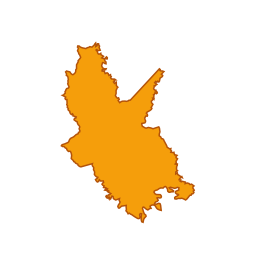 outline of Nova Laranjeiras, Paraná, Brazil, rotated 132°
{"feature_id": "56859067B29997737788268", "entity_name": "Nova Laranjeiras", "entity_type": "district", "adm_level": 2, "iso_a3": "BRA", "parent_name": "Brazil", "parent_adm1": "Paraná", "projection": "natural_earth1", "projection_center": [-52.589, -25.226], "detail": "fine", "context": "isolated", "style": "filled", "palette": "amber", "viewbox_px": 256, "rotation_deg": 132, "n_neighbors": 0, "source": "geoboundaries", "source_scale": "gbopen_adm2", "svg_char_len": 5879}
<svg xmlns="http://www.w3.org/2000/svg" viewBox="0 0 256 256"><g transform="rotate(132 128 128)"><path d="M114.6,82.4L115.6,83.1L116.1,86.0L115.2,87.6L113.2,93.1L112.7,94.0L112.9,95.2L113.5,96.0L112.7,97.8L112.9,99.6L111.6,100.7L109.5,101.7L107.1,104.5L106.6,105.9L111.8,108.9L112.7,111.1L114.0,113.3L116.0,114.4L116.5,115.5L117.1,118.6L116.2,120.0L115.4,120.8L112.9,118.9L111.8,119.1L111.0,119.6L110.4,120.9L109.4,122.3L107.1,122.7L106.3,121.6L105.4,122.0L104.9,122.9L104.7,124.3L103.2,124.4L100.7,123.5L98.6,123.1L97.4,123.4L97.3,124.5L93.7,125.3L93.5,127.4L92.4,128.6L90.6,128.5L89.2,129.3L88.0,129.6L86.7,130.2L86.2,131.3L85.1,130.9L83.7,131.5L83.4,129.8L82.3,129.7L81.7,130.9L82.1,132.3L81.3,132.5L81.8,133.4L81.9,134.5L81.5,135.4L80.2,135.9L79.0,136.8L78.4,135.9L77.5,136.1L76.3,135.7L76.5,138.5L74.8,138.6L74.7,137.2L73.4,137.3L73.2,135.9L72.1,136.0L69.6,137.5L66.7,136.9L65.7,137.4L65.7,139.2L62.0,139.1L62.6,140.6L63.5,141.6L63.9,142.7L63.0,143.1L63.0,144.3L105.7,144.9L106.8,145.9L107.7,146.0L109.3,147.0L110.0,148.2L111.6,149.9L112.9,150.7L114.7,151.1L114.2,153.7L112.6,153.7L111.9,155.2L112.9,155.7L112.9,157.1L112.4,159.0L110.2,160.0L108.2,161.9L105.4,162.9L104.5,162.8L104.3,165.0L101.9,167.3L103.9,167.8L103.5,169.6L102.3,169.2L101.7,170.4L100.5,169.3L100.6,170.6L102.6,173.1L102.3,174.7L101.0,174.8L100.9,175.8L100.1,176.7L101.7,177.3L100.8,179.2L101.0,180.5L102.8,181.4L101.6,183.8L102.4,184.4L103.0,185.4L101.9,186.2L101.0,185.4L99.6,183.6L98.6,183.9L99.6,184.8L100.1,185.9L100.2,187.0L99.8,188.5L99.3,189.3L96.4,190.7L95.8,189.9L95.5,188.2L95.0,187.3L93.7,188.5L93.6,190.0L92.9,191.3L91.9,191.7L92.9,192.9L93.5,194.4L91.1,194.2L91.6,197.1L90.7,198.2L92.1,198.6L92.8,199.4L92.6,200.7L91.7,201.8L91.4,203.9L90.5,203.7L90.8,202.3L88.8,200.7L87.5,203.4L86.2,203.9L85.9,205.2L85.1,206.2L85.7,206.9L87.6,206.1L89.0,206.5L87.3,207.6L86.4,208.9L87.8,208.9L88.8,208.6L92.0,208.9L93.1,210.8L94.3,211.1L95.6,212.0L97.2,212.5L99.0,215.6L99.8,217.7L99.7,218.9L100.5,220.2L101.7,219.7L101.9,218.2L104.4,217.2L105.0,215.3L105.8,214.2L106.0,212.9L107.1,210.5L108.2,210.2L111.4,210.1L112.2,209.3L115.5,208.5L118.4,205.9L119.6,205.8L121.3,204.5L122.6,204.2L124.8,204.4L125.6,205.1L125.7,206.9L125.2,208.7L126.8,211.8L128.1,211.9L128.9,209.9L130.2,209.0L129.9,207.7L130.4,206.6L132.0,204.7L132.9,204.4L134.6,202.7L135.5,202.4L136.9,199.3L138.1,199.0L139.7,199.9L140.9,199.8L141.9,199.3L143.2,199.1L144.1,197.9L145.2,198.1L146.5,198.0L147.6,198.6L146.7,195.0L148.1,194.6L148.6,193.5L147.7,192.5L150.5,189.7L151.7,189.1L151.9,187.8L153.3,187.0L153.5,185.3L154.5,184.8L154.7,183.8L154.5,182.5L155.4,181.5L155.9,180.1L155.7,178.8L154.6,178.7L155.0,177.5L155.8,177.1L154.4,173.9L155.6,173.4L156.6,174.2L158.0,173.6L157.8,171.0L157.4,169.9L158.3,168.7L158.9,167.2L158.9,165.9L159.5,164.5L161.3,163.8L162.3,161.8L163.3,161.3L164.4,161.9L165.5,161.2L167.5,162.1L171.0,162.5L174.3,163.8L176.4,163.5L177.6,162.9L178.9,162.9L182.2,164.4L184.5,165.8L185.8,165.6L185.5,164.1L184.5,163.0L184.8,161.2L184.3,160.1L185.1,158.7L185.3,156.6L184.1,155.6L184.1,154.6L184.8,153.2L186.1,151.5L188.7,149.7L188.8,146.7L189.3,145.9L188.9,145.0L189.2,143.4L188.5,141.0L189.1,140.2L189.0,138.3L188.4,137.0L178.3,130.6L179.2,130.2L180.0,128.9L180.1,127.8L180.5,126.9L182.1,125.7L182.6,124.1L183.3,123.1L185.0,121.9L185.4,120.1L185.3,118.4L184.8,117.4L185.7,117.1L188.0,117.7L188.5,116.6L188.7,114.7L187.4,114.0L186.4,114.6L185.6,114.7L185.7,112.8L183.9,111.0L184.8,109.7L186.0,110.0L187.2,109.7L187.4,108.4L187.0,107.0L188.6,106.4L188.1,105.5L187.2,104.6L187.3,103.6L186.9,102.6L187.8,102.6L188.3,103.7L189.7,103.7L188.8,102.3L188.8,100.9L187.9,101.3L187.7,100.0L188.9,99.6L188.2,96.9L189.9,97.0L190.9,97.9L192.3,97.3L192.7,98.8L193.7,98.6L194.0,97.6L194.0,96.5L192.9,95.9L193.4,94.4L192.0,95.1L192.3,93.5L189.3,94.4L188.9,93.3L190.2,91.6L190.1,90.5L189.7,88.9L186.1,87.1L187.7,86.2L188.3,84.4L189.5,83.9L191.8,83.6L193.2,83.0L193.8,81.5L193.2,80.8L190.4,80.5L186.7,77.5L187.7,76.8L189.6,74.7L190.9,74.1L191.1,72.1L191.7,70.5L190.4,70.0L190.3,68.5L189.9,67.3L189.5,63.9L188.8,60.4L188.3,59.5L187.5,59.0L186.1,59.5L184.8,61.3L183.4,61.6L182.6,60.6L185.2,58.7L187.3,56.9L188.5,55.1L188.0,53.7L185.4,55.2L184.0,55.5L181.5,55.5L180.8,56.5L180.9,58.3L180.1,60.1L178.0,63.5L177.0,63.9L176.2,63.4L176.1,60.0L175.6,58.4L173.1,57.9L172.3,57.1L171.4,59.3L170.0,59.0L168.9,58.4L168.0,57.3L167.6,55.8L168.4,53.2L168.5,51.9L167.9,49.9L167.0,48.2L163.5,52.2L162.8,53.6L163.4,54.8L165.8,56.0L166.6,57.6L165.4,58.0L164.2,57.9L163.0,57.2L161.5,57.2L160.6,59.6L159.6,59.1L158.7,57.5L157.8,56.9L156.8,57.1L156.0,58.3L156.0,59.5L158.5,62.5L158.8,63.9L158.3,65.8L157.2,66.2L156.0,65.8L154.4,64.8L152.2,64.3L150.7,63.6L149.1,61.7L147.2,61.6L146.4,61.0L146.4,59.8L146.8,58.1L148.4,56.1L148.4,54.8L147.9,54.0L146.6,53.2L145.1,51.7L144.2,52.1L144.5,54.7L145.1,56.0L144.8,57.4L143.6,56.8L141.7,53.1L140.7,52.3L139.2,51.7L138.3,50.3L140.1,48.8L143.0,50.1L144.0,50.0L144.5,49.1L144.5,47.5L143.8,46.7L143.9,45.7L146.2,46.1L147.2,46.7L148.4,46.8L149.3,45.9L148.7,44.7L146.4,43.3L145.5,42.0L144.6,41.5L143.7,40.0L142.9,37.0L141.2,36.7L136.7,37.0L135.6,36.1L134.4,36.6L133.5,35.8L131.9,35.8L131.2,37.3L130.0,37.1L129.6,38.0L129.4,39.3L128.3,40.4L126.9,40.2L127.2,43.2L128.6,44.2L128.4,45.5L129.3,47.3L131.1,48.3L129.8,49.2L131.5,52.3L132.3,52.4L132.7,53.5L131.3,54.0L132.2,55.4L131.3,55.7L129.1,55.6L128.8,56.9L129.3,60.0L128.4,61.3L130.2,61.8L128.6,63.1L126.6,62.6L126.6,63.8L125.6,64.9L124.0,66.1L122.8,66.4L121.8,67.2L122.6,67.7L123.1,68.8L121.7,68.7L121.0,69.7L120.2,70.1L117.7,70.6L117.9,72.4L117.0,73.2L115.5,73.2L116.0,74.4L116.7,75.3L116.0,76.8L115.3,77.6L116.2,78.2L117.4,79.9L116.0,80.3L115.8,81.7L114.6,82.4ZM91.9,191.7L91.2,190.4L90.5,189.7L89.6,190.4L89.5,191.6L91.9,191.7ZM129.1,55.6L128.6,54.4L128.1,55.5L129.1,55.6ZM89.2,129.3L89.3,128.0L88.5,128.5L89.2,129.3Z" fill="#f59e0b" stroke="#b45309" stroke-width="1.5"/></g></svg>